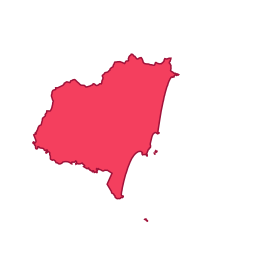 Phu My, Bình Định, Vietnam (Albers equal-area conic projection), rotated 45°
{"feature_id": "81297802B75835306112543", "entity_name": "Phu My", "entity_type": "district", "adm_level": 2, "iso_a3": "VNM", "parent_name": "Vietnam", "parent_adm1": "Bình Định", "projection": "albers", "projection_center": [109.108, 14.245], "detail": "fine", "context": "isolated", "style": "filled", "palette": "rose", "viewbox_px": 256, "rotation_deg": 45, "n_neighbors": 0, "source": "geoboundaries", "source_scale": "gbopen_adm2", "svg_char_len": 5762}
<svg xmlns="http://www.w3.org/2000/svg" viewBox="0 0 256 256"><g transform="rotate(45 128 128)"><path d="M51.3,141.6L51.7,142.1L51.8,142.3L51.7,144.1L51.4,145.0L49.9,149.2L49.7,149.5L48.4,150.7L48.4,150.8L49.3,151.4L49.5,151.8L49.2,152.8L48.5,153.9L48.4,154.2L48.4,154.7L48.7,155.9L49.2,156.7L50.0,157.6L50.4,158.5L51.0,159.3L51.5,159.7L52.2,160.0L54.9,161.5L56.2,161.7L56.8,163.1L58.3,165.0L59.0,166.3L59.7,167.3L60.4,168.8L60.7,169.8L60.9,170.6L60.8,171.2L58.5,173.3L59.7,175.0L59.8,176.9L60.5,177.3L60.9,177.9L61.0,178.6L60.7,181.4L61.2,182.3L62.2,183.4L62.6,184.3L64.2,186.9L64.3,187.4L63.7,189.0L63.7,189.5L64.1,191.1L65.4,193.6L65.5,194.3L66.0,195.4L66.0,197.0L66.3,197.0L66.8,196.8L67.0,196.9L67.1,197.1L67.1,197.4L66.3,198.7L66.2,199.5L70.8,201.5L72.4,202.4L72.8,203.4L72.8,204.1L71.1,204.5L71.0,205.4L71.4,205.8L71.9,205.9L73.0,205.5L73.9,206.0L75.2,206.1L76.6,207.3L77.2,207.7L78.0,207.6L78.2,207.4L78.5,206.9L78.5,206.4L78.4,206.1L77.5,205.2L77.5,204.8L77.7,204.6L78.1,204.4L79.3,204.4L80.0,204.2L81.7,202.9L82.8,202.3L83.4,202.4L84.3,202.8L85.0,202.7L85.9,201.2L86.3,200.8L86.5,200.7L86.9,200.8L87.2,201.0L86.9,202.9L87.4,203.6L87.8,203.6L88.1,203.3L88.1,202.0L88.4,201.2L89.1,200.8L89.8,200.8L90.2,200.9L91.5,202.2L92.8,202.7L93.1,202.9L94.9,204.7L95.6,204.8L97.3,204.3L97.6,203.4L98.3,203.0L100.2,202.8L100.7,203.0L101.5,203.4L101.9,203.3L102.4,202.7L102.6,202.6L104.0,202.4L104.6,202.2L105.4,201.4L106.0,200.0L106.1,199.4L106.1,198.3L106.1,197.9L107.1,196.5L107.8,195.7L109.5,194.3L110.2,194.0L111.7,193.5L113.0,193.4L113.6,193.1L112.9,192.5L112.5,191.8L112.7,191.5L114.3,190.0L114.4,189.5L114.3,188.9L114.3,188.3L114.6,188.2L115.3,188.2L115.9,188.5L116.2,189.0L116.2,190.1L116.4,190.3L116.8,190.5L117.1,189.2L118.5,188.3L119.5,187.2L120.0,186.1L120.2,185.8L120.3,185.3L120.8,185.2L121.5,185.4L123.0,185.2L124.0,185.4L123.9,186.7L127.9,185.7L128.2,184.6L128.5,184.2L129.3,184.7L129.8,184.6L130.6,184.3L131.0,184.7L132.5,184.1L132.9,183.7L133.5,184.1L133.9,184.1L134.0,183.9L133.8,183.2L134.0,182.7L134.5,182.8L135.6,183.3L135.8,183.1L136.3,181.9L136.8,181.7L137.5,181.6L137.6,181.4L137.3,180.9L136.5,180.6L136.4,180.5L136.2,179.5L134.7,179.4L134.5,179.0L134.5,178.8L134.8,178.6L136.0,178.5L135.8,178.0L135.9,177.6L136.8,177.7L138.1,176.9L140.1,176.4L140.5,176.2L141.0,175.7L141.5,174.2L142.5,173.4L143.1,172.6L143.6,172.4L148.7,171.3L153.0,182.5L160.8,184.5L162.4,185.4L162.8,185.4L163.8,185.0L164.6,184.9L165.9,185.3L166.5,185.2L166.9,185.3L167.4,185.8L167.8,186.0L168.7,186.0L170.0,185.8L170.5,185.5L171.0,184.7L171.7,184.2L172.2,183.6L172.3,183.1L172.2,182.2L173.3,181.1L173.3,180.2L173.2,179.9L172.9,179.6L172.5,179.6L171.9,180.1L171.4,180.3L171.0,180.2L170.3,179.8L168.6,177.7L167.9,176.5L166.2,174.2L162.4,168.2L158.9,162.2L158.5,161.1L155.9,156.2L153.5,150.6L152.2,146.9L151.5,143.4L151.4,141.9L151.4,140.5L151.6,139.0L152.0,137.4L152.9,136.2L153.5,135.6L154.0,135.4L155.4,135.3L155.6,135.4L155.7,135.8L156.0,136.2L156.4,136.5L157.3,136.7L157.8,135.7L158.5,135.1L159.2,134.2L159.3,133.8L159.2,133.3L159.3,133.1L159.2,132.3L158.7,131.5L158.0,129.7L157.6,128.9L157.6,128.4L157.8,128.0L157.8,127.8L157.3,127.0L157.4,126.6L157.7,126.1L157.3,125.5L156.5,124.6L155.2,123.8L154.4,122.7L151.1,117.3L150.5,116.0L150.0,114.4L150.1,113.3L150.3,112.2L151.2,111.4L151.6,111.4L151.7,111.5L152.3,111.3L152.9,111.3L153.1,111.1L153.1,110.7L153.5,110.2L153.6,109.8L153.2,109.4L152.4,109.9L151.6,109.3L144.5,99.6L139.4,92.5L134.0,84.3L133.8,83.8L131.2,80.0L130.8,79.1L129.6,77.2L126.3,71.3L125.9,70.0L124.7,67.9L123.8,65.8L122.9,63.1L122.9,62.3L122.6,61.9L123.0,60.8L123.2,60.6L123.7,60.6L123.9,60.3L124.0,59.6L124.4,59.2L124.0,58.8L123.9,58.6L123.6,58.0L123.7,57.3L124.3,56.7L125.0,56.7L125.3,56.3L125.2,55.9L125.4,55.6L126.1,55.1L126.1,54.4L124.8,54.8L124.0,55.5L122.9,55.8L121.4,56.9L120.2,56.8L118.7,57.3L117.5,57.3L116.3,55.5L114.8,54.2L114.4,53.6L112.5,52.9L111.4,52.9L110.9,52.5L110.7,52.2L110.6,51.0L110.1,50.4L109.8,49.5L109.0,48.3L108.0,49.3L107.6,49.8L106.7,51.8L105.0,52.9L105.5,54.3L106.2,55.4L106.3,57.2L106.1,58.1L106.2,58.8L104.7,60.6L104.2,60.8L103.1,61.5L101.6,61.8L101.2,62.2L101.3,62.7L102.2,64.3L102.2,64.9L101.8,65.5L99.9,66.7L98.7,67.7L97.5,68.1L97.1,68.4L95.7,69.7L94.4,70.6L93.6,70.8L92.5,70.8L92.0,70.6L90.6,69.8L89.2,69.2L87.6,68.9L87.4,69.0L87.1,69.7L86.5,70.4L86.2,72.0L86.0,72.4L85.5,72.8L85.1,72.9L82.1,72.5L81.0,73.0L79.9,72.7L79.2,72.7L78.1,73.5L78.4,74.5L78.2,75.5L78.3,76.8L79.3,78.8L80.3,79.5L80.7,80.1L80.3,80.9L79.6,81.7L79.4,82.0L79.4,82.6L79.9,84.4L79.9,84.9L77.7,85.7L76.1,86.5L75.5,86.7L73.5,88.9L73.1,89.7L72.3,90.4L72.1,90.7L72.2,91.2L72.8,92.4L73.2,94.0L74.0,95.2L74.1,95.4L73.8,96.3L73.6,97.2L73.6,98.8L73.7,99.2L74.3,99.8L74.1,100.6L74.1,102.8L72.7,105.0L72.6,105.3L72.9,106.8L72.7,108.9L73.0,109.4L74.5,109.9L75.3,110.8L75.7,111.4L76.1,112.8L77.6,114.9L77.9,115.4L77.9,115.7L77.0,116.4L76.8,116.7L76.6,118.5L76.1,119.7L75.7,120.2L75.0,120.5L73.2,120.6L72.1,121.3L72.4,122.4L72.3,122.9L71.9,123.6L71.6,124.8L70.2,127.5L69.3,128.7L67.3,128.7L66.8,128.9L64.9,130.6L64.2,131.0L62.9,131.2L61.8,131.1L59.7,131.3L56.7,131.3L55.9,131.6L55.0,132.9L55.0,133.6L54.2,135.1L54.3,135.8L54.8,136.7L54.8,137.0L54.7,137.1L52.1,138.6L51.8,139.4L51.3,141.6ZM165.2,124.4L165.0,124.0L164.7,123.9L164.3,124.7L163.7,124.5L163.8,125.3L164.3,125.3L164.6,125.1L165.1,125.1L165.2,124.4ZM160.7,133.5L160.5,133.4L160.3,133.6L160.1,133.5L159.9,133.8L160.3,134.3L160.8,134.5L161.3,134.2L161.1,133.9L160.7,133.5ZM204.4,180.8L205.6,180.4L205.7,180.1L205.6,179.9L205.1,179.6L204.8,179.9L204.4,180.5L204.4,180.8ZM165.4,127.5L164.7,126.7L164.3,127.2L165.2,127.6L165.4,127.5ZM207.6,180.1L207.5,179.9L207.1,179.8L206.8,179.8L206.7,179.9L206.8,180.3L207.2,180.2L207.5,180.3L207.6,180.1Z" fill="#f43f5e" stroke="#9f1239" stroke-width="1.5"/></g></svg>